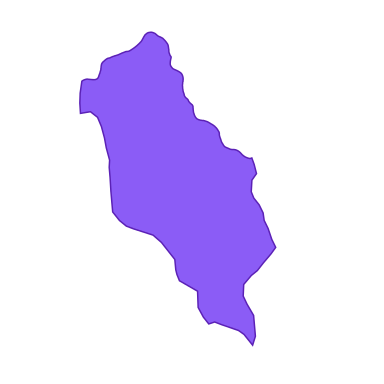 Kyongwon, Hamgyŏng-bukto, North Korea, rotated 321°
{"feature_id": "82179303B19451054742324", "entity_name": "Kyongwon", "entity_type": "district", "adm_level": 2, "iso_a3": "PRK", "parent_name": "North Korea", "parent_adm1": "Hamgyŏng-bukto", "projection": "mercator", "projection_center": [130.212, 42.718], "detail": "fine", "context": "isolated", "style": "filled", "palette": "violet", "viewbox_px": 384, "rotation_deg": 321, "n_neighbors": 0, "source": "geoboundaries", "source_scale": "gbopen_adm2", "svg_char_len": 5890}
<svg xmlns="http://www.w3.org/2000/svg" viewBox="0 0 384 384"><g transform="rotate(321 192 192)"><path d="M142.7,349.2L150.5,344.0L162.2,326.7L164.2,313.7L166.3,305.1L174.0,296.4L185.6,294.2L193.3,294.2L202.9,292.0L214.5,289.8L222.2,287.7L224.2,279.0L228.2,268.2L230.2,259.5L234.1,253.0L236.1,244.3L236.2,235.6L238.2,229.1L246.0,220.5L253.7,218.3L257.7,209.6L259.9,203.2L259.2,203.0L258.7,202.7L258.2,202.5L257.9,202.2L257.7,202.0L257.1,201.2L256.8,200.8L256.6,200.5L256.4,200.1L255.9,199.2L255.6,198.7L255.4,198.2L255.3,197.8L255.1,197.4L255.0,196.8L254.8,196.3L254.7,196.0L254.7,195.5L254.5,194.9L254.4,193.2L254.3,191.7L254.2,191.2L254.1,190.6L254.0,190.1L253.9,189.7L253.8,189.3L253.5,188.8L253.4,188.4L253.2,188.0L252.9,187.4L252.7,187.1L252.4,186.6L252.1,186.3L251.8,185.9L251.0,185.1L250.6,184.8L250.2,184.5L249.3,183.6L249.0,183.3L248.7,182.8L248.4,182.4L247.9,181.3L247.5,180.6L247.4,180.3L247.1,179.9L246.7,179.1L246.5,178.7L246.2,178.0L246.1,177.7L245.9,177.3L245.9,176.8L245.9,176.6L245.9,175.7L246.0,174.8L246.1,174.3L246.2,173.7L246.2,173.3L246.3,173.0L246.3,172.6L246.3,172.3L246.4,171.9L246.6,171.4L246.7,171.1L246.8,170.7L247.0,170.2L247.2,169.9L247.3,169.6L247.4,169.1L247.6,168.7L247.8,168.3L247.9,167.9L248.0,167.4L248.2,166.9L248.4,166.6L248.5,166.2L248.9,165.4L249.0,165.2L249.2,164.8L249.5,164.4L249.8,164.0L250.1,163.7L250.4,163.2L250.5,162.9L250.7,162.5L250.8,162.0L250.9,161.4L250.9,160.7L251.1,160.1L251.1,159.4L251.2,158.8L251.2,158.2L251.2,157.2L251.1,156.7L251.0,155.7L251.0,155.1L250.8,154.6L250.7,154.0L250.4,152.9L250.1,152.1L250.0,151.7L249.8,151.4L249.6,150.8L249.4,150.1L249.0,149.2L248.8,148.5L248.5,147.8L248.2,147.1L247.9,146.6L246.6,144.6L246.3,144.2L245.7,143.4L245.2,143.1L244.5,142.3L244.2,141.9L243.8,141.6L243.5,141.1L243.2,140.7L243.0,140.4L242.7,140.0L242.5,139.6L242.3,139.1L241.9,138.2L241.8,137.9L241.8,137.4L241.8,136.8L241.8,136.4L241.8,135.9L241.9,135.4L242.0,134.8L242.3,133.7L242.5,133.2L242.7,132.7L242.9,132.2L243.1,131.5L243.4,130.9L243.9,130.1L244.3,129.5L244.5,129.2L244.8,128.7L245.0,128.3L245.3,128.0L245.6,127.6L245.8,127.2L246.1,126.8L246.4,126.4L246.7,126.0L246.8,125.6L247.0,124.7L247.0,124.2L246.9,123.8L246.8,123.3L246.7,122.6L246.6,122.1L246.5,121.3L246.5,120.8L246.5,120.3L246.4,119.6L246.5,119.3L246.7,118.9L246.8,118.5L246.9,117.9L247.0,117.5L246.9,117.0L246.8,116.1L246.7,115.7L246.6,115.2L246.5,114.7L246.5,114.1L246.5,113.8L246.6,112.9L246.7,112.5L246.8,112.1L247.1,111.6L247.4,111.0L247.7,110.3L247.9,109.7L248.1,109.1L248.4,108.4L248.6,107.9L249.3,106.8L249.6,106.2L249.9,105.7L250.3,105.1L250.7,104.6L250.9,104.3L251.2,103.9L251.4,103.5L251.8,103.0L252.1,102.7L252.5,102.3L252.8,102.0L253.3,101.5L254.0,100.7L254.6,100.4L255.0,100.0L255.3,99.6L255.5,99.3L255.9,99.0L256.2,98.7L256.7,97.9L257.0,97.5L257.4,96.7L257.6,96.3L257.9,95.5L258.0,95.2L258.1,94.8L258.2,94.4L258.3,93.8L258.3,93.3L258.3,92.9L258.2,92.1L258.0,91.6L257.9,91.1L257.3,89.4L256.9,88.7L256.7,88.0L256.3,87.4L256.0,86.7L255.7,86.2L255.4,85.6L255.2,85.1L254.9,84.5L254.8,84.1L254.7,83.5L254.7,83.0L254.7,82.3L254.7,81.9L254.8,80.7L255.0,80.2L255.1,79.7L255.3,79.3L255.6,78.9L256.0,78.3L256.7,77.6L257.3,76.9L257.8,76.5L258.3,76.0L260.1,74.6L260.6,74.1L260.8,73.8L260.9,73.0L260.9,72.4L261.0,71.8L261.2,71.2L261.4,70.7L261.6,70.1L261.8,69.4L262.1,68.9L262.4,68.3L263.1,67.4L263.5,66.9L263.9,66.2L264.2,65.6L264.9,64.5L265.5,63.4L265.8,62.9L266.0,62.1L266.2,61.2L266.2,60.7L266.3,59.2L266.3,58.0L266.3,57.3L266.2,56.6L266.2,56.1L266.1,55.4L266.0,54.2L265.8,53.7L265.5,52.8L265.2,52.3L265.0,51.8L264.8,51.3L264.5,51.0L264.3,50.6L264.2,50.2L263.9,49.8L263.8,49.4L263.7,49.0L263.6,48.6L263.5,48.2L263.4,47.3L263.3,46.8L263.2,46.3L263.1,45.8L263.0,45.5L262.9,45.2L262.7,44.8L262.4,44.3L262.2,44.0L262.1,43.7L261.6,43.0L261.3,42.6L260.9,42.2L260.1,41.6L259.7,41.4L258.9,40.9L258.6,40.8L258.3,40.6L257.9,40.5L257.5,40.4L256.9,40.3L256.5,40.3L255.8,40.3L255.5,40.3L254.6,40.3L254.2,40.4L253.5,40.6L252.6,41.0L252.1,41.1L251.6,41.3L251.1,41.6L250.7,41.7L250.3,41.9L249.2,42.3L248.7,42.6L248.0,42.8L247.6,42.9L247.0,43.1L246.4,43.1L245.7,43.2L245.2,43.3L244.1,43.4L243.0,43.5L242.4,43.5L241.8,43.6L241.0,43.6L240.4,43.6L239.7,43.6L238.6,43.6L238.2,43.6L237.1,43.5L236.6,43.5L235.4,43.4L234.9,43.3L234.4,43.3L233.8,43.2L232.8,43.1L232.3,43.0L231.9,42.9L231.5,42.8L231.1,42.6L230.7,42.4L230.1,42.0L229.8,41.8L229.4,41.5L229.1,41.3L228.3,41.0L227.4,40.8L227.0,40.6L226.6,40.5L225.7,40.2L225.1,40.0L224.6,39.8L224.3,39.8L223.9,39.7L222.9,39.4L222.4,39.3L221.9,39.2L220.9,38.9L219.6,38.4L218.6,38.0L218.1,37.8L217.5,37.5L217.0,37.4L216.5,37.2L216.0,37.0L215.2,36.7L214.7,36.6L214.4,36.5L214.0,36.4L213.6,36.3L212.7,36.1L211.9,35.8L211.3,35.4L211.0,35.2L210.5,35.1L210.0,35.0L209.7,34.9L209.2,34.9L208.3,34.8L207.6,34.8L206.1,34.9L205.6,34.9L205.1,34.9L204.7,34.9L204.3,35.0L203.9,35.1L203.6,35.1L203.2,35.3L202.8,35.4L202.4,35.6L202.2,35.7L201.8,36.0L201.4,36.4L201.0,36.7L200.6,37.0L200.2,37.5L199.8,37.9L199.3,38.4L198.8,38.8L198.5,39.2L198.0,39.7L197.5,40.0L197.1,40.3L196.6,40.6L195.8,41.2L195.4,41.5L195.0,41.8L194.5,42.0L193.7,42.5L193.1,42.9L192.7,43.1L192.3,43.4L191.8,43.7L191.4,43.9L191.0,44.1L190.7,44.2L190.0,44.3L189.7,44.3L189.3,44.3L188.9,44.3L188.5,44.1L188.2,44.0L187.8,43.9L187.4,43.6L187.0,43.4L186.6,43.1L186.2,42.7L185.7,42.4L185.3,41.9L184.5,41.2L184.1,40.8L183.7,40.4L183.4,40.1L183.0,39.8L182.0,38.7L181.6,38.3L181.2,38.0L180.8,37.9L180.4,37.6L179.9,37.4L179.4,37.2L178.9,37.0L178.0,36.8L176.9,36.6L176.1,36.6L167.3,44.8L160.8,52.3L154.8,60.7L163.6,65.7L165.6,74.5L162.8,84.1L158.0,94.9L153.2,103.7L148.0,115.4L143.2,120.7L137.3,129.4L129.5,140.3L117.8,157.6L117.7,168.5L119.5,177.2L123.3,183.7L134.6,201.0L136.5,211.9L136.2,233.6L130.4,242.3L128.4,246.6L126.4,253.1L133.9,272.6L124.1,285.6L122.1,296.4L122.0,305.1L127.8,307.3L131.5,313.7L141.0,328.9L142.8,335.4L142.7,349.2Z" fill="#8b5cf6" stroke="#5b21b6" stroke-width="1.5"/></g></svg>